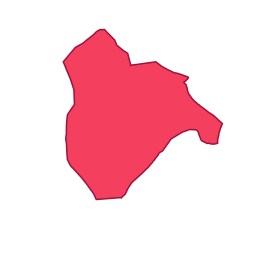 Hajjah City, Hajjah, Yemen (Natural Earth projection), rotated 296°
{"feature_id": "15242507B42868066819458", "entity_name": "Hajjah City", "entity_type": "district", "adm_level": 2, "iso_a3": "YEM", "parent_name": "Yemen", "parent_adm1": "Hajjah", "projection": "natural_earth1", "projection_center": [43.605, 15.684], "detail": "fine", "context": "isolated", "style": "filled", "palette": "rose", "viewbox_px": 256, "rotation_deg": 296, "n_neighbors": 0, "source": "geoboundaries", "source_scale": "gbopen_adm2", "svg_char_len": 4287}
<svg xmlns="http://www.w3.org/2000/svg" viewBox="0 0 256 256"><g transform="rotate(296 128 128)"><path d="M62.4,152.9L63.8,153.0L67.3,154.5L68.0,154.5L68.8,154.5L69.9,154.5L70.4,154.5L71.3,154.5L71.7,154.4L72.1,154.5L72.5,154.5L73.0,154.5L73.3,154.5L73.8,154.5L74.2,154.5L74.6,154.5L74.9,154.5L75.5,154.6L75.9,154.6L76.3,154.8L76.6,154.8L77.1,154.8L77.9,155.0L78.5,155.0L78.9,155.1L79.5,155.2L79.9,155.2L80.3,155.4L80.7,155.4L81.0,155.6L81.5,155.7L82.3,156.0L82.9,156.2L83.3,156.4L83.7,156.4L84.3,156.8L85.1,157.2L85.4,157.4L86.1,157.5L86.7,157.8L87.4,158.1L88.0,158.2L89.0,158.8L89.3,158.8L90.1,159.2L90.7,159.3L91.2,159.6L92.2,160.0L92.7,160.1L93.2,160.4L94.0,160.7L94.7,160.9L95.4,161.1L95.9,161.4L96.5,161.6L97.4,161.8L97.9,162.1L98.8,162.2L99.4,162.6L99.6,162.7L100.0,162.9L101.3,163.3L102.0,163.6L103.3,163.8L103.7,163.8L105.1,164.3L105.6,164.4L106.5,164.7L106.9,164.8L107.9,165.0L108.3,165.1L108.7,165.2L109.4,165.3L109.8,165.5L110.5,165.6L110.9,165.7L111.4,165.8L112.0,165.8L112.3,166.0L113.0,166.0L113.3,166.1L113.7,166.2L114.3,166.4L114.6,166.4L115.2,166.6L115.8,166.7L116.2,166.7L116.9,166.9L117.3,166.9L118.1,166.9L118.7,167.0L119.2,167.0L119.8,167.2L122.6,169.2L137.1,171.5L148.2,178.7L150.4,180.9L153.6,184.0L156.1,189.7L155.9,192.0L155.7,192.2L155.2,192.8L154.8,193.1L154.5,193.4L154.3,193.7L153.5,194.4L153.2,194.7L152.5,195.3L152.0,196.0L151.4,196.6L150.8,197.3L150.3,197.8L150.0,198.1L149.4,198.8L149.1,199.2L148.9,199.9L148.8,200.2L148.8,200.7L148.9,201.1L148.8,201.6L148.8,202.2L148.8,202.8L148.8,203.3L148.8,203.8L148.8,204.2L148.8,204.5L148.8,204.9L148.8,205.3L148.9,205.7L149.1,206.2L149.1,206.7L149.7,207.2L150.1,208.0L149.9,209.0L149.9,209.4L150.2,209.7L150.4,210.6L150.6,211.0L150.9,211.6L151.2,212.4L151.6,212.8L152.0,213.3L152.3,213.8L152.5,214.1L153.0,214.6L153.6,215.2L154.3,214.9L154.8,214.7L155.1,214.6L155.3,214.3L155.7,214.0L156.1,214.0L156.5,213.8L156.8,213.8L157.4,213.5L158.0,213.5L158.3,213.4L159.0,213.2L159.5,213.0L160.4,212.9L161.1,212.8L161.5,212.6L162.1,212.5L162.5,212.2L163.0,211.9L163.5,211.9L163.9,211.9L164.3,211.9L164.8,211.8L165.3,211.8L166.5,211.5L167.8,211.3L168.9,211.2L169.6,211.2L170.4,211.2L170.9,211.0L171.3,211.0L171.6,211.0L172.1,211.0L172.5,211.0L172.8,211.0L173.4,210.9L173.6,210.0L173.9,209.2L173.9,208.9L174.1,208.4L174.2,208.0L174.2,207.5L174.4,206.9L174.7,206.5L174.7,206.1L174.7,205.7L174.9,205.3L175.2,204.9L175.3,204.3L175.6,203.5L175.7,202.9L175.9,202.2L176.1,201.5L176.2,201.0L176.5,200.4L176.5,200.0L176.6,199.3L176.9,198.7L176.9,198.2L176.9,197.8L177.0,197.3L176.9,197.0L177.1,196.5L177.2,195.9L177.3,195.1L177.3,194.7L177.3,194.3L177.4,193.7L177.4,193.2L177.7,192.8L177.7,192.3L177.9,191.6L178.1,190.9L178.1,190.5L178.2,190.0L178.4,189.4L178.5,188.6L178.7,187.6L179.0,186.1L179.1,185.3L179.3,184.2L179.5,183.4L179.5,182.9L179.8,182.4L179.9,181.8L180.0,181.4L180.0,180.8L180.2,180.4L180.2,180.0L180.5,178.9L180.7,178.5L180.8,178.3L180.9,177.6L181.1,176.8L181.2,176.2L181.3,175.8L181.5,175.4L181.8,174.6L182.0,173.9L182.4,173.5L182.4,173.0L182.8,172.3L182.9,171.9L183.2,171.4L183.4,171.0L183.7,170.5L184.0,170.2L184.4,169.3L184.8,168.6L185.3,167.8L185.6,167.3L186.0,166.9L186.4,166.3L186.8,165.8L187.4,165.5L187.9,165.0L188.3,164.7L188.8,164.3L189.4,164.0L192.3,161.3L192.8,160.1L193.0,159.1L193.5,158.2L194.3,158.2L195.2,159.2L196.2,159.3L198.3,160.2L198.9,160.2L199.3,160.2L200.0,160.0L200.1,159.6L200.0,159.1L200.0,158.3L200.0,157.6L199.8,157.2L199.8,156.8L199.8,156.4L199.8,156.0L199.6,155.6L199.6,154.6L199.6,153.7L199.4,153.0L199.4,152.3L199.2,151.5L199.2,150.5L199.0,149.9L198.9,149.1L198.8,148.5L198.6,147.8L198.5,147.0L198.3,146.4L198.0,146.1L197.9,145.7L197.9,140.7L197.9,137.1L198.2,131.3L199.7,124.0L185.5,102.8L185.9,102.8L195.0,94.9L195.6,89.8L197.5,81.7L200.7,78.1L201.2,77.5L205.0,66.8L206.2,63.7L204.0,59.6L200.5,57.3L196.8,56.1L192.7,54.2L188.8,52.2L188.5,52.1L184.6,50.4L180.9,47.8L177.2,45.3L159.1,40.8L155.0,45.5L154.8,45.6L146.5,55.1L138.7,62.6L125.8,69.5L117.4,68.3L113.6,67.8L112.0,68.2L108.1,69.7L103.9,71.3L100.2,73.0L98.3,73.9L96.1,75.0L92.0,76.4L90.8,76.8L86.8,79.7L83.1,81.6L80.3,83.2L76.6,85.3L73.3,87.2L70.3,90.9L68.5,93.6L67.6,96.5L65.1,102.8L62.8,108.5L59.7,115.0L56.4,121.1L53.7,126.2L49.8,130.8L62.1,151.7L62.4,152.9Z" fill="#f43f5e" stroke="#9f1239" stroke-width="1.5"/></g></svg>